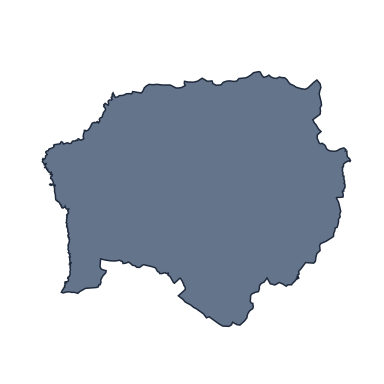 the district of Kono, Eastern, Sierra Leone, rotated 188°
{"feature_id": "65957751B39294828597109", "entity_name": "Kono", "entity_type": "district", "adm_level": 2, "iso_a3": "SLE", "parent_name": "Sierra Leone", "parent_adm1": "Eastern", "projection": "orthographic", "projection_center": [-10.815, 8.706], "detail": "fine", "context": "isolated", "style": "filled", "palette": "slate", "viewbox_px": 384, "rotation_deg": 188, "n_neighbors": 0, "source": "geoboundaries", "source_scale": "gbopen_adm2", "svg_char_len": 5993}
<svg xmlns="http://www.w3.org/2000/svg" viewBox="0 0 384 384"><g transform="rotate(188 192 192)"><path d="M281.1,275.0L284.0,279.2L284.6,277.7L284.6,276.7L284.0,275.7L285.2,274.5L284.8,273.6L284.0,272.7L284.5,271.8L286.5,271.6L287.5,270.8L287.6,269.7L286.9,268.2L286.9,267.1L287.2,266.3L290.3,267.7L291.5,266.1L291.0,265.6L291.4,264.5L289.5,262.8L289.1,261.4L289.6,260.1L290.7,258.5L291.5,253.6L293.2,252.6L293.7,251.7L293.9,250.9L293.3,250.0L293.4,248.7L294.3,247.4L295.2,248.6L295.9,248.3L296.8,247.2L298.2,247.4L299.7,246.8L300.6,245.9L302.0,241.4L303.5,238.8L305.5,237.6L306.3,238.2L307.2,238.0L307.1,235.8L307.6,234.4L307.4,233.4L307.6,232.1L306.7,230.1L306.8,229.4L307.9,228.9L309.0,227.8L310.5,228.2L311.4,228.8L312.2,228.8L312.3,227.3L312.7,227.1L313.6,227.4L314.9,226.2L316.8,226.0L317.6,225.4L318.4,223.4L319.6,223.0L320.5,222.9L321.9,223.4L322.5,223.3L325.8,221.7L326.4,222.1L327.0,223.2L328.4,223.6L328.9,223.0L329.3,221.4L334.9,219.7L335.5,219.1L334.9,218.1L335.2,217.4L335.9,216.5L339.6,214.6L340.1,212.9L341.3,212.5L342.3,211.6L342.4,211.0L341.9,210.2L340.6,208.9L342.0,207.4L341.9,205.2L342.8,203.9L343.3,203.5L344.2,204.4L344.6,203.6L344.0,203.0L344.4,201.2L342.8,199.9L342.1,198.5L341.1,199.6L340.4,199.8L340.9,197.8L340.7,196.5L341.3,195.9L340.9,195.5L340.0,195.8L339.4,195.5L338.9,194.1L338.1,194.3L337.9,193.1L336.1,191.5L334.2,191.9L334.2,191.1L334.6,190.6L334.7,189.8L333.2,190.2L332.7,189.7L332.9,188.4L333.7,188.3L333.8,188.0L333.9,185.7L332.2,184.9L331.9,183.9L331.1,183.1L330.5,181.6L331.0,180.3L332.2,179.9L333.4,180.3L334.0,179.7L333.5,179.1L332.3,179.0L331.0,179.8L330.3,179.6L329.8,179.1L329.1,179.4L328.8,180.0L328.5,179.7L328.6,178.5L329.1,178.0L329.1,177.6L328.4,175.8L328.3,173.7L327.0,170.5L325.9,165.4L325.0,164.8L324.3,164.8L324.0,164.0L322.8,163.7L321.5,162.7L321.1,161.7L319.8,161.0L319.9,160.0L319.0,159.5L318.9,158.6L318.6,158.3L317.5,158.1L317.0,158.8L315.9,159.2L315.7,160.1L314.9,158.7L313.7,157.6L311.7,158.1L311.7,157.5L312.4,156.2L311.4,153.9L312.8,152.0L312.4,151.5L312.8,151.1L312.3,150.2L312.6,149.6L312.1,148.9L312.4,148.1L312.1,144.6L312.4,144.0L311.4,143.3L311.4,140.7L310.7,140.7L310.9,139.5L309.9,138.4L309.4,135.2L308.8,134.8L308.2,133.4L308.5,132.8L308.5,132.0L308.8,132.0L308.8,131.6L308.1,129.7L307.8,129.6L307.6,130.0L307.0,129.4L307.3,128.3L306.6,127.7L306.8,125.8L306.5,125.3L307.2,123.2L307.0,122.6L307.4,122.0L306.7,120.2L306.9,119.4L306.7,117.6L305.9,116.8L305.7,115.6L306.1,114.8L305.3,114.1L304.4,113.9L304.8,113.4L304.1,112.1L304.2,111.2L303.7,110.8L304.3,110.5L303.8,110.2L304.0,109.3L303.3,106.7L302.4,105.1L301.9,105.2L302.0,104.5L303.3,104.5L303.3,102.9L302.5,103.0L302.2,102.3L302.1,101.5L302.4,100.8L301.6,98.3L301.8,95.8L301.2,94.2L301.8,91.3L302.2,91.1L302.5,90.2L303.0,90.2L303.1,89.1L302.3,88.8L302.0,87.5L302.5,86.1L304.3,85.6L304.0,84.8L305.1,85.2L305.3,84.2L304.7,82.4L305.2,81.5L305.1,80.7L304.7,80.1L305.9,78.8L305.9,78.1L306.7,76.8L307.4,74.5L305.6,74.1L302.1,75.6L299.2,76.1L296.9,75.8L295.3,76.3L290.8,75.8L289.4,77.7L284.0,81.8L273.4,84.1L271.6,85.0L271.3,87.3L270.2,87.3L269.5,89.6L270.2,92.1L268.6,96.5L266.1,100.1L266.1,102.2L268.6,102.4L271.3,103.1L272.7,105.4L273.2,113.0L267.5,112.5L263.2,112.5L258.4,113.0L254.4,114.3L251.2,113.4L250.3,111.6L247.8,112.3L245.2,113.7L243.4,113.0L240.7,111.1L238.2,111.1L236.4,109.8L233.4,110.0L230.1,113.3L221.2,112.5L217.6,111.8L215.4,108.9L214.7,108.3L213.5,108.0L212.5,106.7L210.5,107.0L207.3,108.5L206.7,108.0L205.4,107.7L204.3,108.4L204.1,108.1L204.2,106.4L202.5,105.6L201.6,104.8L198.1,100.2L196.9,99.2L196.7,99.2L192.0,105.0L191.6,105.0L189.1,102.2L188.0,100.2L187.4,99.6L187.1,98.5L185.6,96.9L185.0,94.6L191.1,87.3L186.3,84.6L183.2,82.0L177.6,80.0L174.2,77.9L171.5,77.0L163.6,72.9L160.2,69.4L157.7,70.8L146.2,64.8L142.8,63.5L136.7,64.1L134.4,66.0L133.7,68.7L129.0,66.9L126.0,66.9L122.0,71.7L120.2,74.9L119.9,79.0L118.3,82.5L115.6,85.0L115.4,87.0L116.3,90.2L117.7,90.2L119.0,91.6L119.5,97.8L118.3,99.6L115.2,101.5L112.4,102.6L111.8,105.4L112.2,108.3L110.7,111.1L108.0,112.9L105.7,117.3L101.7,112.0L96.9,111.5L93.1,114.5L89.5,113.6L85.6,111.8L84.2,113.4L80.4,114.0L79.9,115.2L77.5,118.4L76.8,119.8L74.3,121.6L75.0,123.0L76.3,121.6L75.6,124.8L74.5,125.7L75.4,128.2L73.6,130.8L69.7,137.9L61.6,138.5L60.2,140.4L60.2,144.3L59.8,148.4L57.0,151.8L58.2,156.9L57.3,158.9L52.3,161.9L45.7,167.6L45.9,171.3L45.2,173.3L45.2,176.3L43.4,177.2L43.0,179.5L42.7,183.0L43.2,185.3L41.8,188.0L42.7,190.5L42.0,193.5L45.4,202.2L48.1,206.0L48.1,206.6L41.9,207.9L41.7,209.3L42.4,212.1L43.1,212.7L42.8,214.1L41.9,214.0L42.1,215.8L41.1,217.5L41.4,217.9L41.2,219.1L41.7,221.2L42.5,221.6L42.3,223.6L43.4,225.9L43.7,228.8L44.5,228.7L44.8,229.8L45.3,230.4L45.0,231.5L46.1,234.2L46.1,236.0L46.6,237.3L45.6,238.0L45.8,240.7L44.3,242.5L41.3,244.7L39.9,244.1L39.4,245.1L40.6,246.9L42.9,248.3L43.9,251.2L44.3,254.0L45.9,254.0L45.5,255.4L47.7,256.8L51.1,255.4L54.1,253.1L56.1,252.2L60.6,251.9L62.6,252.3L64.2,253.1L65.2,254.1L66.1,255.9L67.2,257.0L69.9,258.4L71.1,257.7L72.6,257.9L75.6,262.7L75.8,266.0L72.6,269.8L75.6,272.1L78.5,275.8L80.6,277.6L82.4,280.4L76.0,286.8L76.0,290.0L76.9,293.2L75.8,296.0L76.7,299.2L79.6,306.5L79.6,309.5L78.9,313.4L80.3,317.1L83.9,320.3L86.4,317.8L91.6,311.3L94.1,309.5L98.2,309.5L103.2,310.2L106.8,311.8L109.5,312.5L111.4,313.9L113.8,316.6L116.1,318.0L118.8,317.8L121.5,318.0L124.3,316.2L127.2,316.2L129.7,316.9L132.1,318.5L133.9,316.9L136.9,315.5L138.9,317.1L141.2,320.3L142.7,320.5L147.7,318.7L150.0,316.0L153.0,313.5L154.8,312.5L161.3,310.9L163.2,308.0L166.3,307.3L170.2,307.3L173.1,306.6L176.3,305.0L178.1,302.2L179.5,301.8L182.9,301.1L186.3,302.2L187.6,304.8L192.2,303.8L197.8,306.1L201.9,302.5L206.0,300.9L211.2,300.4L214.8,300.6L214.8,298.6L213.5,296.5L216.9,294.0L219.8,293.1L222.3,292.8L228.4,294.9L236.6,293.8L241.4,293.8L245.7,292.8L249.5,292.6L251.8,290.8L253.7,288.6L254.5,285.5L255.9,283.0L264.7,283.2L265.4,280.7L267.9,280.7L270.6,280.2L273.4,278.2L277.5,277.3L278.7,275.9L281.1,275.0Z" fill="#64748b" stroke="#1e293b" stroke-width="1.5"/></g></svg>